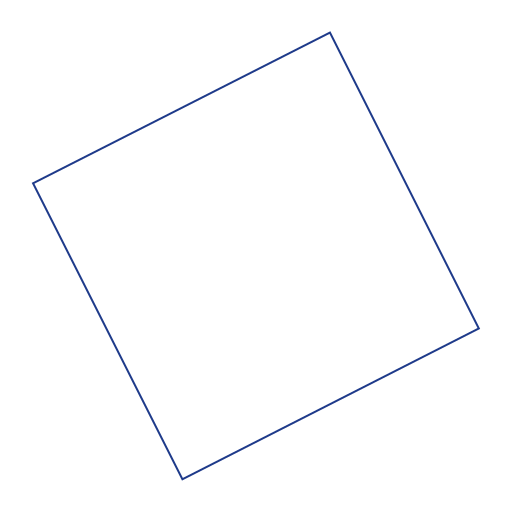 Lubbock, Texas, United States of America (orthographic projection), rotated 244°
{"feature_id": "52423323B93291035550773", "entity_name": "Lubbock", "entity_type": "district", "adm_level": 2, "iso_a3": "USA", "parent_name": "United States of America", "parent_adm1": "Texas", "projection": "orthographic", "projection_center": [-101.874, 33.61], "detail": "fine", "context": "isolated", "style": "outline", "palette": "blue", "viewbox_px": 512, "rotation_deg": 244, "n_neighbors": 0, "source": "geoboundaries", "source_scale": "gbopen_adm2", "svg_char_len": 220}
<svg xmlns="http://www.w3.org/2000/svg" viewBox="0 0 512 512"><g transform="rotate(244 256 256)"><path d="M87.6,92.0L93.2,424.5L424.4,420.4L419.1,87.5L87.6,92.0Z" fill="none" stroke="#1e3a8a" stroke-width="2"/></g></svg>